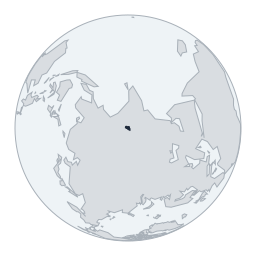 Karnali on an orthographic globe, rotated 174°
{"feature_id": "NPL-1126", "entity_name": "Karnali", "entity_type": "Administrative Zone", "adm_level": 1, "iso_a3": "NPL", "parent_name": "Nepal", "parent_adm1": "", "projection": "orthographic", "projection_center": [82.262, 29.569], "detail": "fine", "context": "on_globe", "style": "filled", "palette": "slate", "viewbox_px": 256, "rotation_deg": 174, "n_neighbors": 0, "source": "natural_earth", "source_scale": "10m", "svg_char_len": 11138}
<svg xmlns="http://www.w3.org/2000/svg" viewBox="0 0 256 256"><g transform="rotate(174 128 128)"><circle cx="128" cy="128" r="113" fill="#eef3f6" stroke="#a8b0b8"/><path d="M163.3,21.0L163.2,21.2L169.6,24.8L174.7,27.1L171.2,26.0L182.9,31.6L188.4,35.7L180.3,30.4L178.0,29.4L180.7,31.7L179.0,31.3L179.3,32.3L176.9,31.7L172.4,29.0L170.8,28.6L172.8,30.3L171.7,31.0L169.0,28.5L166.8,29.6L158.8,26.0L153.4,21.0L147.0,19.6L136.4,16.6L135.4,16.9L130.8,16.3L128.0,16.5L126.8,16.2L125.5,16.7L127.2,17.0L127.1,17.3L125.6,17.6L123.9,17.1L124.4,16.9L123.1,16.9L122.8,16.6L122.1,16.9L120.1,16.5L119.8,17.3L116.3,17.4L115.7,17.0L118.7,16.5L124.7,15.4L134.5,15.5L144.3,16.5L153.9,18.4L163.3,21.0ZM108.7,17.0L108.3,17.1L110.4,16.9L106.9,17.6L102.3,18.5L100.3,18.9L98.3,19.4L97.5,19.8L91.4,21.5L82.9,24.8L82.2,25.1L90.8,21.7L99.7,19.0L108.7,17.0ZM178.8,29.1L177.1,27.9L179.3,29.3L178.8,29.1ZM179.7,32.6L180.8,33.1L180.5,33.4L179.7,32.6ZM112.2,16.6L111.3,16.7L112.2,16.6ZM114.0,16.4L114.7,16.3L115.6,16.2L115.2,16.3L114.0,16.4ZM176.6,32.8L175.8,33.3L175.8,32.3L176.6,32.8ZM112.9,16.7L117.2,16.0L118.8,15.9L118.5,16.3L112.9,16.7ZM174.9,33.3L173.0,34.9L175.2,36.1L168.1,33.9L172.0,33.1L171.7,31.6L173.2,32.8L174.9,33.3ZM128.3,17.0L126.5,16.7L129.4,16.7L128.3,17.0ZM130.2,17.0L139.1,17.2L140.9,18.0L137.6,17.7L141.2,18.7L137.7,18.9L135.0,18.4L134.4,17.8L133.5,18.4L130.2,17.0ZM164.4,32.6L163.3,32.7L163.6,32.1L164.4,32.6ZM127.4,17.5L129.0,17.4L130.7,18.0L127.8,18.4L128.2,18.1L127.4,17.5ZM143.8,19.0L144.6,19.6L142.0,20.0L141.9,20.3L137.8,19.0L143.8,19.0ZM127.0,18.0L126.3,18.6L124.1,18.6L125.9,17.7L127.0,18.0ZM132.4,18.1L133.1,18.5L131.8,18.4L132.4,18.1ZM115.8,19.1L117.7,18.8L118.8,19.0L115.8,19.1ZM126.1,18.8L126.9,18.8L127.5,18.9L126.6,19.3L126.1,18.8ZM136.2,19.4L135.0,19.5L137.8,19.9L136.0,20.4L133.6,19.5L133.8,20.0L133.3,20.2L131.9,19.4L136.2,19.4ZM127.6,20.1L123.8,19.4L120.1,19.9L119.0,19.6L125.3,19.0L127.6,20.1ZM130.2,19.7L128.3,19.9L128.0,19.4L129.1,18.9L130.2,19.7ZM135.6,21.0L139.1,20.6L139.5,20.8L135.6,21.0ZM126.5,20.3L127.5,20.5L126.3,20.4L126.5,20.3ZM132.9,20.9L134.1,20.6L134.5,20.9L132.9,20.9ZM128.3,21.1L127.1,20.9L127.8,20.5L128.3,21.1ZM130.5,21.1L130.8,21.5L128.8,20.6L130.9,20.9L130.5,21.1ZM133.1,21.2L133.8,21.2L132.6,21.2L133.1,21.2ZM126.4,22.8L123.7,21.7L125.2,20.8L127.7,22.0L126.4,22.8ZM21.1,92.4L22.1,89.8L24.8,83.2L36.6,72.2L36.4,76.0L42.5,81.7L42.7,83.5L39.0,87.9L41.2,100.3L45.5,97.7L50.4,106.2L55.7,109.2L62.9,100.4L54.3,95.3L55.8,89.7L65.1,89.6L73.0,94.6L73.9,92.6L71.4,85.8L75.7,83.6L70.8,83.3L70.9,85.9L67.8,85.9L67.5,83.5L69.1,82.7L67.4,80.6L60.4,85.4L59.8,88.6L53.8,86.1L52.2,91.3L49.7,92.4L51.5,84.1L53.3,81.8L54.5,71.7L52.1,73.7L50.8,83.6L50.1,82.1L46.8,85.4L48.7,81.7L50.8,70.9L47.2,68.7L38.1,73.8L36.9,72.3L37.9,68.3L45.7,60.0L47.5,64.3L50.3,61.9L53.7,56.4L54.0,58.4L55.6,56.8L56.7,58.4L61.9,56.9L63.6,58.2L69.3,54.2L70.9,54.5L67.1,56.7L65.3,59.2L69.8,63.2L71.8,62.9L75.1,60.1L75.9,61.8L78.6,58.6L83.0,59.8L79.8,55.8L83.7,52.8L88.3,51.9L89.0,50.4L81.5,51.9L79.0,53.2L77.7,55.5L70.4,59.1L68.1,58.6L73.6,52.4L70.9,51.1L76.4,47.3L93.3,44.7L98.6,45.8L99.6,53.5L96.2,54.8L94.2,52.5L92.7,57.3L94.5,55.6L95.2,57.1L99.0,55.1L99.7,56.1L102.2,52.6L103.5,53.7L101.8,55.9L108.6,54.2L112.2,56.0L113.4,55.2L113.6,53.8L118.0,57.2L118.7,56.5L117.5,55.1L118.2,52.8L121.0,50.1L122.3,51.5L121.5,52.6L121.8,57.1L119.4,60.2L120.2,60.5L122.6,58.2L122.3,52.6L123.6,50.7L124.3,53.1L124.1,52.1L125.2,51.6L127.5,52.4L127.0,49.6L137.0,43.3L142.5,44.5L142.0,47.2L150.4,45.2L156.0,47.5L154.9,46.1L158.2,44.6L156.5,43.8L156.2,43.0L163.9,39.6L166.8,40.1L168.9,37.7L168.3,37.0L166.3,36.5L168.1,33.9L175.2,36.1L176.1,37.4L180.0,38.1L181.5,41.1L184.5,44.2L183.9,47.5L186.3,49.9L187.6,50.0L191.8,53.5L196.3,61.2L187.2,54.6L179.4,44.5L182.2,48.4L179.9,47.6L179.9,49.1L181.9,52.0L183.2,52.3L178.2,58.3L179.9,67.4L183.7,66.0L187.2,68.0L192.5,78.7L189.5,95.4L194.2,99.6L195.2,102.8L192.8,105.5L191.3,100.8L187.8,99.8L187.3,96.9L182.9,100.2L182.0,96.2L179.0,101.0L181.4,103.8L185.6,102.2L183.4,108.4L189.2,112.9L191.0,119.5L185.5,132.7L178.1,137.7L177.9,139.9L174.3,138.1L170.5,142.8L177.9,153.4L178.0,156.7L171.3,164.0L171.0,161.6L161.6,156.8L160.4,164.7L167.6,170.3L170.1,177.3L164.9,175.7L162.3,169.5L158.9,167.6L159.4,160.8L155.7,150.9L150.4,153.2L150.4,149.0L144.5,140.7L136.6,143.6L124.3,154.6L123.4,165.0L118.8,169.3L111.6,153.8L110.4,143.4L106.5,143.9L100.1,134.2L85.3,130.9L84.4,127.8L81.4,128.4L77.1,124.4L76.2,119.5L73.0,118.8L75.8,131.9L79.3,132.6L83.9,129.2L83.9,133.6L88.2,138.3L79.2,146.3L59.2,148.8L59.2,140.7L54.6,115.0L55.8,112.8L55.9,112.5L56.0,112.0L53.5,115.3L53.3,110.3L53.6,127.5L52.8,134.1L58.8,149.2L57.8,150.0L60.3,153.5L71.0,154.1L70.6,156.6L64.3,166.5L51.4,176.5L54.3,187.0L55.3,194.7L49.9,196.5L53.1,202.8L50.6,202.9L52.3,206.0L51.8,207.8L50.1,208.2L44.3,203.2L41.8,200.1L35.7,191.9L26.2,173.8L25.4,168.2L24.0,162.3L20.0,145.7L20.7,139.5L20.2,135.3L18.8,133.8L18.5,128.8L17.9,127.3L15.7,120.3L16.4,112.7L18.3,102.4L21.1,92.4ZM29.3,79.9L28.3,81.7L28.2,81.7L29.3,79.9ZM79.3,105.2L85.4,107.7L86.3,100.5L88.7,101.0L88.1,98.5L86.3,100.0L85.4,93.4L89.3,92.6L90.4,89.7L88.4,88.7L81.3,91.4L82.6,100.7L79.7,102.7L79.3,105.2ZM63.6,47.7L62.7,49.4L60.5,50.6L58.4,49.6L61.6,47.7L63.6,47.7ZM62.0,51.5L68.0,46.1L69.6,46.7L67.7,47.2L68.1,48.2L65.2,49.3L60.7,55.5L58.5,57.1L55.9,54.0L58.0,54.0L58.7,52.3L62.0,51.5ZM80.8,33.8L83.4,32.2L83.3,35.6L80.9,36.7L78.6,35.6L80.2,33.6L80.8,33.8ZM111.4,17.8L112.5,17.5L113.0,17.6L112.5,17.9L111.4,17.8ZM116.6,18.9L107.5,19.5L108.2,19.1L102.1,20.2L101.5,19.7L105.5,18.9L100.5,19.5L103.9,18.6L100.2,19.3L109.3,17.5L112.1,17.0L109.1,17.8L109.6,18.2L110.6,18.2L115.7,18.0L122.1,17.3L123.5,17.9L122.8,18.5L121.5,18.7L121.0,18.2L119.6,19.0L117.9,18.4L116.6,18.9ZM114.1,29.2L114.1,27.8L111.0,30.5L109.2,29.4L109.0,29.8L106.5,29.7L103.1,30.2L102.7,29.6L101.5,30.1L99.9,30.1L98.1,30.7L96.9,29.8L94.6,30.5L95.3,29.7L91.8,31.1L93.8,29.7L91.9,29.8L91.0,31.1L88.4,26.6L85.7,26.3L82.4,26.9L86.3,24.8L91.9,23.1L97.8,22.1L99.8,22.9L101.2,22.0L102.6,22.2L100.9,22.8L104.3,22.0L105.0,22.4L110.2,22.4L114.7,21.2L116.8,21.3L115.3,22.0L118.3,21.7L117.0,23.0L118.4,23.2L118.5,24.9L114.9,26.2L116.8,26.3L116.9,27.8L114.1,29.2ZM126.3,23.2L122.4,24.8L119.5,25.1L120.6,22.1L119.5,21.8L120.1,20.2L124.2,19.9L123.7,20.3L124.1,20.7L122.6,20.6L124.1,21.0L123.4,21.7L124.4,22.2L122.9,22.5L126.3,23.2ZM44.9,82.7L45.4,83.7L46.7,84.6L44.7,86.9L44.9,82.7ZM46.2,75.3L46.9,75.6L44.7,79.0L44.1,78.1L46.2,75.3ZM49.3,73.1L47.2,75.4L48.0,73.7L49.3,73.1ZM68.0,57.0L69.0,57.3L68.4,58.1L66.9,58.8L68.0,57.0ZM104.7,37.9L105.1,36.8L105.9,36.8L108.8,34.7L110.3,35.5L109.2,37.1L104.7,37.9ZM60.3,101.3L57.7,102.3L57.4,100.9L58.4,100.8L60.3,101.3ZM50.0,94.4L51.4,97.2L49.4,95.0L50.0,94.4ZM106.8,38.5L107.9,37.5L108.0,38.5L106.8,38.5ZM111.6,36.0L112.1,37.0L110.8,35.4L111.6,36.0ZM110.8,237.3L112.9,237.9L111.0,237.7L110.8,237.3ZM70.8,199.3L69.2,210.5L64.8,209.0L62.3,204.8L61.7,197.5L66.2,197.0L67.9,194.0L70.8,199.3ZM194.4,188.2L197.1,187.8L196.9,188.3L194.4,188.2ZM191.6,187.5L194.8,186.8L191.0,188.6L191.6,187.5ZM196.0,186.5L199.2,184.7L200.6,183.6L200.3,184.5L196.0,186.5ZM189.4,188.1L177.0,190.7L171.9,190.4L173.2,188.7L181.4,187.6L189.4,188.1ZM172.8,188.7L164.9,185.2L153.3,172.5L157.5,172.5L169.4,179.5L168.7,181.0L173.5,184.0L172.8,188.7ZM191.5,176.4L190.6,180.9L183.9,182.1L180.7,182.0L178.6,176.9L179.8,173.9L182.4,173.5L191.9,161.5L195.4,163.0L192.6,167.9L195.4,171.0L191.5,176.4ZM123.9,166.0L126.8,172.2L124.3,173.1L123.9,166.0ZM195.3,153.4L191.8,158.8L194.8,152.1L195.3,153.4ZM196.8,147.3L197.3,149.5L195.5,147.7L196.8,147.3ZM178.2,143.1L175.5,144.1L175.2,142.5L178.5,140.2L178.2,143.1ZM192.4,125.1L193.2,129.9L193.0,131.7L191.3,129.1L192.4,125.1ZM121.5,45.7L115.7,47.4L112.6,49.6L112.4,52.2L110.2,49.6L115.0,46.1L121.5,45.7ZM135.0,43.3L135.1,41.4L136.7,41.9L136.9,42.4L135.0,43.3ZM133.9,42.4L130.9,40.6L132.1,39.4L134.2,41.0L133.9,42.4ZM118.7,39.0L116.9,39.4L116.8,38.6L118.7,39.0ZM206.9,208.4L207.0,208.2L205.0,210.2L203.6,211.3L205.0,209.0L202.9,210.9L206.0,207.6L202.5,211.0L202.8,209.6L200.6,210.2L181.9,221.2L178.4,221.7L180.7,219.4L180.2,213.9L181.5,213.7L182.3,209.3L194.2,201.9L203.1,191.2L208.0,189.7L212.8,181.9L217.4,179.9L215.2,185.5L219.0,185.9L224.1,173.2L223.9,182.8L224.9,184.2L222.1,189.9L219.4,193.8L213.5,201.4L206.9,208.4ZM236.8,156.4L237.0,155.4L237.0,155.8L236.8,156.4ZM201.0,186.6L205.0,182.1L206.9,181.1L201.0,186.6ZM236.8,155.6L236.4,156.4L236.5,155.7L236.8,155.6ZM237.1,154.1L237.1,153.3L237.1,154.8L237.1,154.1ZM236.4,153.7L236.8,154.3L236.4,154.0L236.4,153.7ZM236.0,154.5L235.6,154.5L235.7,154.2L236.0,154.5ZM229.1,163.0L231.0,166.1L229.0,167.8L227.0,166.5L224.6,171.0L219.7,173.6L221.1,171.0L220.6,168.4L215.0,170.1L213.8,168.7L216.0,166.4L212.0,166.6L216.4,163.8L218.0,167.0L220.4,162.6L224.2,161.3L227.5,160.4L229.8,161.4L229.1,163.0ZM216.1,172.6L216.8,172.3L216.1,173.8L216.1,172.6ZM234.8,153.7L235.4,154.6L235.3,155.2L235.0,155.4L234.8,153.7ZM230.4,160.3L233.1,154.7L233.6,154.3L231.8,159.5L230.4,160.3ZM232.6,153.1L233.7,152.5L234.1,153.8L233.9,154.6L232.6,153.1ZM207.2,172.8L206.9,174.0L205.7,173.5L207.2,172.8ZM208.8,171.5L212.3,171.3L208.4,172.6L208.8,171.5ZM197.2,171.4L198.4,173.8L202.0,170.9L199.2,174.3L201.5,177.9L200.6,179.8L198.4,175.8L197.3,180.9L195.7,181.3L194.9,177.4L196.7,171.8L198.3,169.2L204.8,166.2L197.2,171.4ZM208.8,168.3L207.8,165.5L208.5,163.1L209.6,164.4L208.8,168.3ZM204.6,158.8L201.7,156.0L199.3,158.2L203.9,151.4L206.0,155.2L204.6,158.8ZM201.8,151.3L199.5,153.4L201.7,149.5L201.8,151.3ZM198.8,152.3L198.3,149.7L200.2,149.5L198.8,152.3ZM203.0,151.1L202.9,146.4L204.1,148.8L203.0,151.1ZM196.8,144.0L201.3,147.2L195.9,146.8L194.4,138.2L196.6,137.3L196.8,144.0ZM201.4,104.7L200.2,102.3L201.8,101.1L202.2,103.0L201.4,104.7ZM206.1,95.7L201.9,100.0L198.3,103.8L200.0,104.5L200.2,109.1L197.0,105.8L198.7,100.1L201.6,98.0L200.9,94.3L202.4,91.1L200.3,86.9L200.5,84.7L203.3,87.9L206.1,95.7ZM199.2,85.2L196.1,77.7L199.8,77.5L201.3,79.1L201.2,82.5L199.2,82.4L199.2,85.2ZM196.4,75.9L194.5,75.8L186.0,66.3L185.1,64.4L193.5,71.0L192.2,71.3L193.6,73.8L196.4,75.9ZM164.3,33.3L163.4,32.7L164.6,33.0L164.3,33.3ZM155.2,42.7L155.1,41.7L156.5,41.9L155.2,42.7ZM155.4,39.2L153.9,39.6L155.0,38.6L155.4,39.2ZM150.5,40.7L153.0,39.5L151.4,41.4L150.5,40.7Z" fill="#d9dde1" stroke="#a8b0b8" stroke-width="1"/><path d="M126.9,126.3L127.1,126.4L127.3,126.4L127.4,126.5L127.4,126.4L127.5,126.5L127.7,126.8L127.8,126.8L127.8,127.0L128.0,127.1L128.3,127.2L128.4,127.3L128.5,127.3L128.6,127.5L128.8,127.7L128.9,127.8L129.0,127.8L129.3,127.9L129.4,128.0L129.4,127.9L129.5,127.9L129.6,128.0L129.8,128.2L129.9,128.3L130.0,128.4L130.0,128.5L130.2,128.8L130.3,128.8L130.3,129.0L130.2,129.3L130.1,129.5L129.9,129.6L129.7,129.7L129.2,129.5L128.9,129.5L128.8,129.4L128.7,129.3L128.7,129.2L128.4,129.1L128.2,129.1L128.3,129.0L128.2,128.9L127.8,129.0L127.7,129.1L127.4,129.2L127.2,129.1L126.9,129.0L126.8,128.9L126.7,128.8L126.7,128.7L126.7,128.4L126.8,128.4L127.0,128.5L127.0,128.4L127.0,128.2L127.2,127.9L127.1,127.6L127.1,127.4L126.8,127.3L126.7,127.4L126.6,127.2L126.4,127.1L126.3,126.9L126.5,126.8L126.5,126.7L126.5,126.4L126.6,126.5L126.8,126.4L126.9,126.3Z" fill="#64748b" stroke="#1e293b" stroke-width="1.5"/></g></svg>